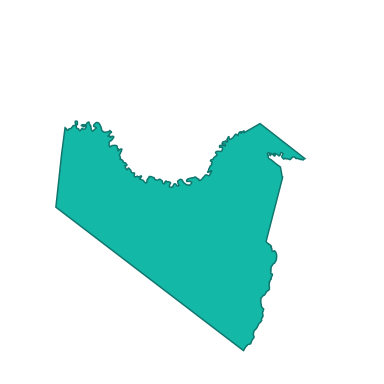 outline of Kamrieng, Batdâmbâng, Cambodia, rotated 218°
{"feature_id": "14789045B46526313837061", "entity_name": "Kamrieng", "entity_type": "district", "adm_level": 2, "iso_a3": "KHM", "parent_name": "Cambodia", "parent_adm1": "Batdâmbâng", "projection": "natural_earth1", "projection_center": [102.586, 13.09], "detail": "fine", "context": "isolated", "style": "filled", "palette": "teal", "viewbox_px": 384, "rotation_deg": 218, "n_neighbors": 0, "source": "geoboundaries", "source_scale": "gbopen_adm2", "svg_char_len": 6066}
<svg xmlns="http://www.w3.org/2000/svg" viewBox="0 0 384 384"><g transform="rotate(218 192 192)"><path d="M289.9,96.2L53.8,98.7L53.8,99.5L54.3,101.3L54.1,102.0L54.4,103.3L54.1,104.6L54.1,106.1L53.9,106.5L52.6,108.0L52.4,108.6L52.7,110.0L53.2,110.8L53.6,113.6L53.5,114.1L53.6,115.6L54.0,116.2L55.9,117.3L57.2,119.8L57.6,121.3L57.2,123.7L57.5,126.2L58.0,128.1L58.3,129.7L57.8,131.6L58.0,132.1L57.9,133.0L58.0,133.7L58.7,134.2L59.4,135.5L59.3,136.7L59.6,137.8L60.0,138.4L62.4,140.5L62.5,141.7L63.0,142.5L63.2,143.6L63.7,144.0L65.5,144.0L67.0,144.8L68.2,146.0L69.5,147.0L70.4,148.3L71.2,148.7L71.6,150.0L72.1,150.6L72.3,151.2L72.1,154.4L71.4,155.5L71.6,157.6L71.8,158.0L71.7,159.6L71.9,160.2L71.1,161.6L71.2,163.1L72.7,165.0L73.8,165.9L74.8,167.5L75.0,168.2L75.8,168.5L75.7,169.9L76.1,170.6L76.0,172.0L76.1,172.5L77.2,173.1L77.0,173.9L77.5,174.6L77.2,175.5L77.5,176.1L78.4,176.8L79.6,176.3L80.2,176.8L81.4,178.8L82.2,178.9L82.4,180.1L82.7,180.9L83.4,181.4L83.7,182.1L83.5,183.9L83.7,184.4L83.7,185.8L83.3,186.5L83.2,187.3L83.6,189.7L84.1,191.2L84.9,191.9L85.2,192.9L86.7,194.6L88.4,195.9L90.4,196.5L90.9,196.4L91.7,195.0L92.2,194.7L93.2,195.2L94.2,196.5L95.1,196.6L95.9,197.0L95.6,197.7L96.2,198.1L97.8,198.4L99.2,198.0L99.7,198.4L101.2,198.1L102.7,198.5L103.3,198.9L129.5,259.1L130.2,259.9L131.1,260.0L132.7,261.7L137.7,266.1L143.5,265.9L149.9,266.1L150.8,265.8L152.6,265.9L153.1,266.1L154.2,267.5L155.5,268.0L156.3,268.7L156.2,269.5L155.7,270.1L155.1,270.5L154.6,270.2L154.0,269.1L152.7,269.0L152.7,270.0L153.4,271.1L152.2,271.4L149.4,271.0L149.0,271.4L148.9,271.9L149.3,272.4L149.7,272.5L150.8,272.1L151.0,272.6L151.0,273.1L150.6,273.5L148.7,273.8L147.8,274.2L146.2,273.9L145.7,274.1L145.4,274.5L145.3,275.3L145.5,276.0L146.3,277.3L146.2,278.0L145.7,278.3L143.9,278.4L143.5,277.5L143.6,276.8L143.2,275.4L142.5,274.8L140.4,274.4L139.9,274.5L139.3,276.0L138.3,276.0L136.7,277.3L134.9,277.7L134.4,278.5L134.4,280.6L134.2,281.4L133.2,282.5L132.7,282.8L131.1,282.3L129.9,282.9L129.4,283.6L128.4,283.7L128.0,284.2L126.6,284.3L126.0,284.7L125.9,285.2L124.2,285.6L124.1,286.8L123.5,287.8L180.5,287.8L187.3,271.1L187.6,270.8L188.6,272.1L189.0,271.9L188.9,270.8L189.6,270.3L189.3,269.0L189.6,268.6L190.4,269.6L190.8,269.4L191.2,269.0L191.4,267.3L190.7,264.7L192.9,264.6L193.3,264.2L193.2,260.1L193.8,257.7L194.6,256.8L196.0,257.4L197.0,258.3L197.3,258.0L196.7,254.6L195.8,254.7L195.2,254.4L194.9,253.2L195.1,252.7L195.6,252.5L196.9,253.0L197.4,251.9L198.5,250.4L198.3,248.9L197.8,248.5L197.2,248.8L195.7,250.0L194.4,249.6L194.3,248.7L197.2,247.1L198.7,245.9L198.7,245.4L198.4,244.8L197.6,244.2L196.6,245.5L195.5,245.7L194.8,245.4L194.7,244.7L193.8,243.3L193.8,242.7L194.3,241.5L195.2,241.2L196.8,239.9L197.7,238.9L197.8,238.4L197.7,237.6L197.1,237.2L195.9,237.1L195.1,236.6L195.1,235.4L195.5,234.8L195.9,232.3L195.6,230.6L196.5,229.5L196.8,228.8L196.8,228.2L196.5,227.8L194.9,228.2L194.4,227.7L194.3,226.8L193.9,226.1L193.1,225.5L193.6,223.4L193.2,222.2L192.9,220.5L192.1,219.0L192.1,217.6L191.8,217.2L191.2,217.6L190.8,218.1L190.1,220.3L189.7,220.8L189.3,220.6L189.4,219.9L188.9,218.6L188.9,217.2L188.4,216.2L188.5,215.5L189.0,215.0L190.7,214.6L191.5,214.2L191.9,213.5L192.2,208.0L192.6,206.1L193.0,205.6L193.7,205.5L194.2,206.2L194.8,206.3L196.0,205.6L196.9,206.0L198.2,206.0L199.0,205.5L199.7,204.2L201.7,202.0L203.3,199.8L203.5,199.3L203.5,198.3L203.3,197.5L202.6,197.1L200.3,199.0L198.6,199.6L198.1,199.4L197.9,198.8L197.8,196.9L198.1,195.8L199.1,195.4L200.1,194.6L200.8,194.3L204.6,194.3L207.4,195.4L208.7,195.1L209.2,194.4L209.9,192.3L209.8,191.5L208.0,190.0L206.4,189.2L206.4,188.2L207.9,187.6L209.6,188.2L210.6,188.0L211.0,187.4L210.9,186.1L210.6,184.8L210.1,184.4L210.8,183.3L211.3,183.2L212.2,182.3L212.7,182.1L213.5,182.7L214.1,184.0L214.4,185.9L215.2,186.2L216.8,185.7L217.5,185.2L217.9,184.4L219.1,184.7L219.4,184.4L219.5,183.0L218.8,182.0L219.1,181.1L221.2,181.1L221.5,181.8L222.2,182.4L224.9,182.4L225.7,181.9L225.9,180.9L226.3,180.3L227.2,179.6L229.1,179.1L229.7,179.2L230.1,179.7L230.7,179.9L233.8,178.9L235.2,177.9L235.1,176.7L234.8,176.2L235.0,175.1L234.9,174.2L234.6,173.3L233.6,171.9L233.7,171.2L234.1,170.7L235.7,170.5L237.3,171.2L241.2,170.1L241.6,170.4L241.2,171.1L241.3,173.1L242.0,173.4L243.3,171.1L244.8,170.8L245.1,170.4L245.3,169.9L246.5,168.7L246.9,168.8L247.9,169.5L248.4,170.8L249.0,171.5L251.0,170.3L251.6,170.2L252.7,170.7L253.7,171.5L256.4,171.8L256.9,171.7L256.8,169.8L257.4,169.4L259.4,170.2L260.9,171.4L259.8,172.6L259.9,173.3L262.3,174.0L264.3,173.1L265.6,174.1L267.1,174.2L267.6,174.2L268.5,173.5L268.9,173.6L269.0,174.1L269.6,175.0L272.3,176.7L272.1,178.0L272.7,179.5L272.8,180.7L273.4,182.2L273.9,182.6L274.8,181.7L275.5,179.2L275.9,178.9L276.3,179.5L276.2,180.0L276.6,180.6L277.9,180.7L279.3,182.0L279.9,182.1L281.1,181.6L283.4,179.6L284.0,178.6L284.2,177.5L284.6,177.0L285.3,177.2L286.4,178.0L287.1,179.2L287.9,180.2L288.1,180.8L287.4,182.5L287.1,184.5L287.3,185.1L287.3,186.9L287.8,187.4L288.8,187.2L289.7,186.2L289.9,185.7L289.7,185.2L290.2,184.9L290.5,185.5L291.6,185.3L292.0,185.0L292.1,184.4L292.6,184.4L292.5,186.8L292.8,187.8L292.2,189.3L292.6,189.8L294.6,189.8L294.8,188.2L295.2,188.0L295.4,187.4L298.0,185.0L299.3,184.9L301.0,185.0L303.4,187.0L306.2,188.4L307.8,188.9L309.3,188.6L310.3,187.6L310.7,184.8L310.6,184.1L309.7,183.2L307.5,183.8L306.9,183.6L306.8,183.1L307.4,181.1L307.5,179.2L308.2,178.7L308.8,178.8L309.8,179.3L311.7,180.9L312.2,181.7L314.3,182.3L316.2,183.6L316.6,183.4L317.1,182.4L317.2,181.7L317.0,180.3L317.2,179.6L317.7,179.0L319.5,177.9L320.3,176.5L320.1,176.2L318.4,176.8L317.8,176.5L317.3,177.1L316.6,178.7L316.0,179.0L315.6,178.6L315.2,176.0L315.4,175.4L316.0,174.6L317.3,174.7L317.9,174.3L317.8,171.7L318.1,171.2L319.2,171.3L320.3,171.9L322.1,171.3L323.2,171.9L323.9,172.9L324.1,174.1L323.9,174.7L324.9,176.0L325.9,177.0L327.1,176.5L327.5,175.9L326.8,174.8L326.3,174.3L325.4,173.9L324.9,173.1L326.5,171.0L326.4,167.9L327.0,166.9L327.4,166.6L327.8,165.8L327.7,164.9L328.1,164.0L328.8,163.7L329.8,164.5L331.6,164.5L318.4,142.1L289.9,96.2Z" fill="#14b8a6" stroke="#0f766e" stroke-width="1.5"/></g></svg>